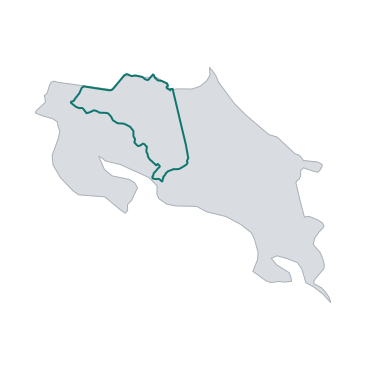 Alajuela on a map of Costa Rica (Robinson projection), rotated 346°
{"feature_id": "CRI-1333", "entity_name": "Alajuela", "entity_type": "Province", "adm_level": 1, "iso_a3": "CRI", "parent_name": "Costa Rica", "parent_adm1": "", "projection": "robinson", "projection_center": [-84.692, 10.447], "detail": "fine", "context": "in_parent", "style": "outline", "palette": "teal", "viewbox_px": 384, "rotation_deg": 346, "n_neighbors": 0, "source": "natural_earth", "source_scale": "10m", "svg_char_len": 4331}
<svg xmlns="http://www.w3.org/2000/svg" viewBox="0 0 384 384"><g transform="rotate(346 192 192)"><path d="M324.9,196.8L324.5,198.5L323.1,200.2L321.1,202.0L318.5,203.2L312.2,199.6L306.0,195.5L302.6,197.4L301.3,202.7L299.1,205.5L296.2,206.6L295.0,208.4L294.8,226.5L295.0,243.5L299.7,243.9L307.5,249.8L310.9,253.3L311.9,256.6L311.0,258.1L305.2,261.9L299.7,266.6L296.9,272.4L301.8,281.9L302.8,288.4L302.7,295.1L301.3,298.4L290.5,306.1L288.1,308.8L288.5,310.8L294.4,316.2L297.3,321.3L299.6,327.6L299.9,333.0L294.5,322.9L287.0,313.4L280.5,307.5L280.0,293.7L277.4,286.2L267.6,279.3L259.1,274.5L252.9,275.5L256.7,283.4L266.6,293.6L267.3,297.4L267.1,302.7L260.3,301.9L254.3,299.7L247.0,299.1L242.2,296.0L231.9,283.8L239.2,273.5L241.5,266.7L241.2,252.6L239.6,245.8L231.6,235.4L219.0,224.0L201.3,214.7L193.0,207.1L172.3,201.4L164.4,197.6L158.3,190.5L157.4,185.4L159.6,177.6L153.8,167.6L129.2,148.1L115.4,140.9L112.5,136.7L110.3,135.3L112.4,148.8L118.4,157.0L134.1,164.6L138.5,169.0L140.2,174.7L131.1,185.7L126.4,188.5L125.0,194.5L122.1,196.4L118.9,192.9L106.2,175.6L81.5,167.4L77.0,162.3L67.9,146.5L63.7,132.1L65.2,122.6L75.3,107.6L78.5,101.1L77.9,97.1L78.2,91.2L74.4,87.1L65.0,81.7L59.1,77.4L60.7,75.3L71.5,69.5L72.1,64.3L72.1,62.5L73.8,62.1L75.4,60.8L76.4,59.3L79.3,54.3L81.9,51.5L84.8,51.0L88.4,53.1L102.0,58.5L117.0,64.5L138.4,73.1L147.3,67.6L154.9,63.4L160.3,64.0L171.8,68.9L178.7,70.4L183.0,70.0L190.3,77.1L194.3,82.5L195.0,86.1L197.3,88.0L203.0,88.4L217.0,92.1L225.6,91.3L233.4,87.5L237.7,82.9L239.1,75.6L241.0,79.2L243.3,84.9L244.4,92.1L254.5,116.4L262.6,130.0L280.3,154.8L287.9,159.3L300.8,179.3L305.3,182.6L307.8,188.4L321.2,193.3L324.9,196.8Z" fill="#d9dde1" stroke="#a8b0b8" stroke-width="1"/><path d="M182.4,68.6L183.1,69.1L183.3,69.7L183.3,70.6L183.5,71.8L183.8,72.4L184.9,73.9L185.1,74.5L185.9,75.4L189.6,77.0L190.5,77.7L191.2,78.5L192.7,79.4L194.1,80.7L194.4,82.9L193.3,83.5L192.9,83.8L192.6,84.5L192.7,85.0L193.1,85.4L193.2,85.7L195.0,87.3L195.4,87.9L196.3,87.1L197.5,87.2L198.1,87.3L198.1,87.6L197.9,106.9L197.7,121.5L197.6,131.8L197.5,144.2L196.6,157.9L196.6,158.2L195.1,159.9L194.7,160.6L194.6,160.9L194.6,161.1L194.6,161.6L194.8,162.4L193.6,163.8L191.4,164.7L186.1,166.3L184.7,166.5L184.3,166.4L183.3,166.3L182.9,166.2L182.6,166.1L181.0,165.8L179.5,165.3L177.6,165.7L174.0,166.0L171.6,167.2L170.9,167.7L170.9,167.8L170.8,168.0L169.8,169.1L168.5,169.9L167.9,170.3L167.7,170.6L167.7,170.9L167.7,171.2L166.2,173.2L166.1,173.5L166.0,174.2L165.9,174.4L165.3,174.4L163.5,171.8L162.8,171.2L161.9,171.0L160.8,170.9L159.5,170.5L157.9,169.8L157.3,169.3L157.1,169.0L157.2,168.5L157.2,168.0L157.2,167.8L157.3,167.5L157.5,167.4L158.0,167.1L159.5,164.5L160.1,163.9L161.0,163.6L164.9,160.7L166.2,160.1L166.5,159.9L166.8,159.6L166.9,159.4L166.9,158.8L165.9,156.9L165.4,156.6L165.2,156.7L164.5,157.2L163.9,157.4L163.7,157.4L163.4,157.2L163.3,156.9L163.3,156.7L162.8,155.9L161.5,154.1L160.8,152.9L159.5,151.1L159.0,150.3L158.2,148.3L157.8,146.8L158.1,144.5L158.1,144.2L158.0,143.7L157.6,142.8L157.5,142.4L157.5,142.1L158.0,140.1L158.2,139.4L159.0,137.7L159.1,137.2L159.1,136.9L159.0,136.7L158.5,136.3L158.2,135.8L157.7,134.4L156.3,133.3L155.7,133.3L155.3,133.4L154.8,133.8L153.7,134.1L152.2,134.4L151.5,134.5L151.1,134.4L150.6,134.1L150.4,133.9L149.9,133.2L148.1,130.0L149.4,127.3L149.5,126.4L149.4,126.0L149.2,125.8L149.0,125.2L148.7,123.6L149.9,118.6L148.2,114.7L147.6,113.6L143.1,109.7L141.6,108.9L137.3,107.6L136.2,107.1L135.3,106.1L133.2,103.9L132.9,103.6L132.5,102.8L132.3,102.2L131.9,99.8L131.0,97.9L129.9,95.9L129.4,95.3L128.9,95.0L127.8,94.5L126.9,94.2L122.7,93.0L121.4,92.6L121.0,92.2L120.4,91.5L118.0,89.7L117.4,89.4L116.9,89.2L116.4,89.1L115.9,89.1L114.9,89.3L113.2,89.7L111.1,90.0L108.7,89.9L106.8,85.5L106.1,84.3L105.7,84.0L105.6,83.9L105.4,83.8L105.2,83.7L103.4,83.5L102.9,83.3L100.9,82.0L100.0,81.3L96.4,76.6L96.3,76.4L96.2,76.0L96.2,75.8L96.2,75.6L96.5,75.2L99.2,75.0L99.9,74.6L100.1,74.2L100.3,73.8L106.5,69.0L110.3,64.2L110.6,64.0L110.9,63.9L111.2,63.9L111.6,63.7L112.2,63.5L112.4,63.3L123.8,68.1L136.6,73.4L138.5,73.6L140.3,72.9L148.5,66.8L154.4,62.4L156.9,61.8L158.3,62.5L161.3,64.9L162.7,65.1L164.4,65.0L166.3,65.7L170.2,67.6L170.6,67.8L171.1,68.0L171.4,68.2L171.8,68.5L173.6,71.0L174.3,71.6L175.0,72.1L175.8,72.5L176.7,72.6L177.4,72.2L181.7,69.1L182.4,68.6Z" fill="none" stroke="#0f766e" stroke-width="2"/></g></svg>